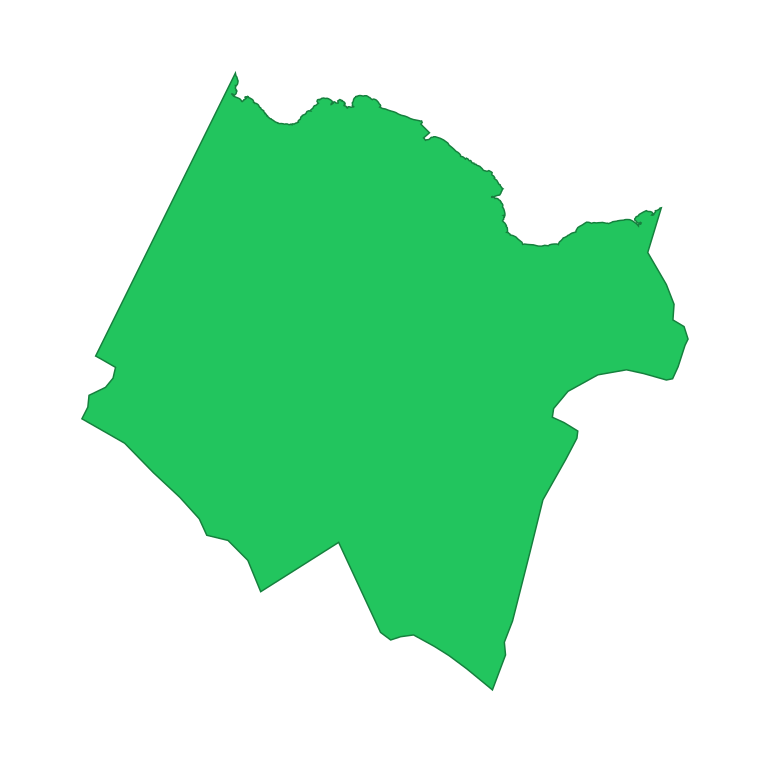 Ngkeklau, Ngiwal, Palau (Robinson projection), rotated 281°
{"feature_id": "81905179B53990233662504", "entity_name": "Ngkeklau", "entity_type": "district", "adm_level": 2, "iso_a3": "PLW", "parent_name": "Palau", "parent_adm1": "Ngiwal", "projection": "robinson", "projection_center": [134.636, 7.588], "detail": "fine", "context": "isolated", "style": "filled", "palette": "green", "viewbox_px": 768, "rotation_deg": 281, "n_neighbors": 0, "source": "geoboundaries", "source_scale": "gbopen_adm2", "svg_char_len": 6167}
<svg xmlns="http://www.w3.org/2000/svg" viewBox="0 0 768 768"><g transform="rotate(281 384 384)"><path d="M156.6,302.6L219.9,369.7L139.5,428.0L134.0,439.4L139.1,448.5L143.3,460.9L136.1,483.3L129.8,499.6L120.2,519.6L104.4,548.8L141.2,555.0L153.5,551.4L175.8,555.4L247.2,559.4L300.6,562.1L344.9,576.9L367.6,583.7L374.8,583.2L380.4,568.3L383.5,555.6L392.3,555.2L411.9,566.0L433.8,592.2L444.2,619.3L443.8,636.9L441.8,660.4L444.2,666.3L457.0,669.4L479.3,672.1L486.1,673.9L497.6,667.6L502.0,655.4L517.6,653.5L535.5,642.2L563.4,617.8L609.9,622.6L609.3,621.3L608.0,620.7L607.2,619.8L606.3,618.6L605.9,617.3L604.4,617.6L602.8,616.5L601.8,616.6L600.9,615.6L600.9,614.5L602.0,615.2L603.0,615.1L603.8,614.2L604.1,612.5L603.7,610.1L604.2,608.4L603.3,607.2L602.2,605.7L599.2,602.2L597.3,601.3L596.3,599.6L595.1,599.2L593.9,598.6L592.8,598.9L591.8,600.7L590.6,601.8L590.6,604.0L591.6,604.7L591.2,605.8L589.8,605.4L589.8,604.4L589.1,603.4L587.7,603.6L589.2,601.6L590.1,599.9L591.3,597.3L591.8,595.7L592.2,593.9L591.9,591.6L591.6,590.1L591.1,588.8L590.6,588.1L589.7,584.8L588.8,582.3L588.2,581.3L587.8,580.0L587.0,577.7L585.8,576.2L584.3,573.8L584.5,572.8L584.2,571.7L584.3,567.7L583.7,565.6L583.3,563.9L582.6,561.7L582.5,559.4L582.0,558.2L581.3,557.2L581.8,554.4L581.5,552.0L579.7,550.0L578.3,548.7L577.2,547.4L576.0,545.9L574.5,544.4L571.5,543.3L569.8,543.3L568.0,539.7L566.8,538.3L565.8,537.5L565.0,536.2L563.9,535.4L562.5,533.7L561.5,532.0L560.6,531.7L558.5,530.4L556.9,529.1L555.1,528.6L554.1,528.6L554.4,527.2L554.1,525.3L553.6,523.4L553.0,521.6L552.2,520.0L551.0,518.9L550.8,515.3L549.4,512.5L548.8,509.1L549.1,504.1L548.4,498.4L548.2,495.3L547.5,493.5L549.4,492.4L551.8,487.9L553.5,485.4L554.3,482.3L554.4,480.5L554.3,479.6L555.1,479.2L555.6,478.0L556.2,477.3L556.3,475.5L557.3,476.2L560.9,475.2L562.2,473.7L562.9,473.9L565.0,471.9L566.0,470.2L566.7,469.2L567.9,469.6L568.3,470.0L570.6,469.8L570.7,470.3L572.0,470.4L572.3,469.2L572.9,470.5L574.6,470.1L576.9,469.1L578.4,468.3L579.4,467.6L580.1,466.6L581.6,466.6L582.4,466.5L583.8,465.4L584.1,464.5L585.0,464.3L585.2,463.7L586.1,463.2L586.8,461.4L587.6,460.4L587.7,458.8L587.3,457.5L587.8,457.3L588.2,456.2L588.0,455.3L587.8,454.1L588.4,454.0L588.8,454.7L588.6,455.9L589.6,457.3L590.7,459.2L591.6,461.5L594.0,462.4L595.1,462.4L596.1,462.9L597.8,463.0L598.3,463.6L599.0,462.3L600.8,460.4L601.7,460.0L602.0,458.7L605.4,455.9L606.8,453.0L607.7,453.3L609.1,451.9L609.6,450.4L610.4,449.8L612.2,449.8L612.8,448.5L613.5,446.2L612.4,444.6L612.7,440.8L614.1,439.3L615.9,436.5L616.5,433.2L617.3,432.2L616.9,430.8L618.0,430.1L617.8,429.2L618.1,427.7L619.2,427.3L619.9,426.3L619.4,425.2L619.8,424.6L620.9,423.5L621.4,421.7L620.3,421.0L621.5,419.3L622.1,417.9L622.0,415.8L623.2,415.5L624.5,414.1L625.5,412.3L626.2,410.2L627.8,407.9L629.1,405.7L630.9,402.3L632.7,400.7L634.9,396.0L635.9,392.4L636.5,387.3L636.2,385.6L635.5,384.9L635.1,383.3L634.3,382.7L633.0,381.9L632.5,381.2L632.1,380.1L631.7,378.9L631.1,378.2L632.6,376.7L633.1,375.9L639.3,380.7L644.4,373.1L646.2,370.6L647.9,371.6L649.4,370.7L649.0,369.5L649.2,368.5L649.2,362.4L649.6,359.2L650.5,356.1L651.0,353.2L651.1,349.8L651.7,346.7L652.7,343.9L653.1,341.5L653.3,338.7L653.7,335.5L654.2,333.1L654.2,329.8L655.0,326.9L656.3,327.7L657.4,327.0L658.1,325.8L659.4,324.8L661.2,322.4L661.7,320.5L661.6,319.0L660.9,318.3L661.2,317.3L662.5,315.4L662.5,314.8L663.3,313.0L663.6,311.9L663.4,310.6L663.1,309.5L662.6,308.8L662.7,306.7L662.6,305.3L662.2,304.2L661.7,303.3L661.2,303.1L661.2,302.3L660.7,301.4L660.2,301.5L659.1,300.4L658.6,300.4L657.9,299.9L655.4,299.9L653.8,299.2L652.8,299.7L652.1,299.8L651.1,299.8L650.7,300.7L650.6,301.3L650.2,301.3L649.8,299.9L649.2,298.8L649.5,297.9L649.5,296.8L649.3,296.0L648.6,295.7L648.0,295.6L648.0,295.0L648.3,294.5L648.8,294.5L649.2,293.9L649.4,293.4L649.6,292.8L649.5,291.9L649.8,291.6L650.5,292.0L651.2,291.7L651.2,292.3L651.9,292.3L652.4,292.0L653.2,291.0L653.6,289.6L654.1,289.2L653.7,288.8L653.8,288.1L654.4,288.0L654.8,286.4L653.0,284.6L652.2,285.1L651.1,285.4L650.7,284.1L650.8,282.8L651.3,282.3L651.5,281.1L650.9,280.6L650.0,280.6L648.2,278.8L648.6,278.6L650.4,279.5L651.2,279.4L651.9,278.9L652.3,278.1L652.7,277.3L653.4,275.2L653.6,274.1L653.5,273.2L653.1,272.0L653.2,270.2L652.5,268.3L651.9,267.9L651.4,267.1L650.7,266.7L651.0,266.1L650.5,264.8L649.9,264.4L648.6,264.3L646.9,266.0L646.4,265.3L645.2,264.6L644.6,264.0L643.8,262.5L642.2,261.8L641.2,261.6L639.9,260.5L638.4,259.4L638.0,259.9L637.8,257.9L636.8,256.4L635.6,256.0L634.7,255.8L633.8,255.1L632.0,252.5L631.1,252.4L630.3,251.5L627.7,251.3L627.3,250.5L625.8,249.6L624.6,250.0L624.3,249.1L623.8,248.9L623.1,247.3L622.5,246.8L622.0,246.2L622.0,245.0L621.8,244.4L621.0,244.2L621.4,243.7L621.3,243.2L621.0,243.0L621.1,242.4L620.6,242.0L620.4,241.0L620.8,239.6L620.5,237.8L620.0,236.5L620.2,235.3L620.1,233.5L619.7,232.0L619.7,230.2L620.1,230.1L620.4,227.6L621.7,224.8L622.4,222.8L622.7,222.7L622.8,221.4L624.3,218.9L624.6,218.2L625.0,218.3L625.1,217.6L625.8,217.3L626.7,216.2L626.7,215.6L627.1,215.7L628.8,213.6L629.3,213.7L630.3,211.1L631.7,210.1L631.8,209.2L632.5,208.6L633.9,207.5L634.3,206.9L634.5,206.2L634.9,205.7L635.1,204.1L634.8,203.8L635.4,203.2L635.5,202.2L636.6,202.1L636.9,201.7L637.6,201.3L638.2,200.4L639.1,197.9L639.2,196.9L639.6,196.0L640.1,196.0L640.3,195.2L639.9,194.9L639.5,195.0L639.2,194.8L639.7,194.2L639.5,193.2L639.0,192.8L638.4,193.3L638.2,194.8L637.8,193.5L636.9,193.3L636.3,192.2L635.4,192.1L635.0,191.4L634.2,191.0L634.2,190.4L635.0,189.8L635.7,189.1L636.2,188.4L636.6,187.4L637.2,184.6L637.3,183.1L637.8,182.7L637.8,181.8L638.5,181.7L638.1,181.1L640.0,178.7L639.7,179.6L639.7,180.4L639.3,180.5L639.1,181.2L639.2,182.0L639.9,182.8L640.7,183.3L641.7,183.5L642.7,183.4L643.2,183.7L644.0,183.4L644.1,182.7L644.8,182.7L645.7,181.8L646.2,181.6L647.3,181.7L648.6,181.2L648.7,182.2L649.2,182.3L649.9,182.8L650.8,183.0L652.7,183.0L653.7,182.9L654.6,182.2L655.1,182.1L655.9,181.6L657.1,181.1L658.4,179.8L660.8,178.8L356.4,95.6L354.7,101.0L349.1,117.3L338.0,116.9L327.6,111.3L316.6,96.6L304.8,97.7L292.2,94.1L276.4,140.7L252.8,174.8L233.8,205.2L216.4,228.4L201.7,238.9L200.7,260.7L184.9,284.0L156.6,302.6Z" fill="#22c55e" stroke="#15803d" stroke-width="1.5"/></g></svg>